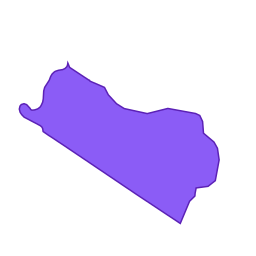 the district of Sarpy, Nebraska, United States of America, rotated 214°
{"feature_id": "52423323B27146755519961", "entity_name": "Sarpy", "entity_type": "district", "adm_level": 2, "iso_a3": "USA", "parent_name": "United States of America", "parent_adm1": "Nebraska", "projection": "natural_earth1", "projection_center": [-95.999, 41.093], "detail": "fine", "context": "isolated", "style": "filled", "palette": "violet", "viewbox_px": 256, "rotation_deg": 214, "n_neighbors": 0, "source": "geoboundaries", "source_scale": "gbopen_adm2", "svg_char_len": 976}
<svg xmlns="http://www.w3.org/2000/svg" viewBox="0 0 256 256"><g transform="rotate(214 128 128)"><path d="M31.3,78.1L36.0,101.7L34.5,109.0L35.8,111.3L38.0,116.4L29.0,124.4L26.2,133.2L34.6,152.5L42.5,161.2L48.8,164.4L62.5,165.9L69.8,175.1L75.5,178.5L80.1,177.8L105.9,166.5L120.1,150.7L142.0,142.0L151.1,141.7L162.9,144.5L170.2,148.5L185.6,145.6L186.1,145.8L186.5,146.0L187.0,146.0L187.5,145.8L210.3,145.6L214.2,148.2L213.3,146.2L213.0,144.6L213.5,142.1L214.8,139.9L217.9,137.0L220.0,134.3L220.6,132.7L221.1,130.2L220.9,127.4L220.0,123.6L219.8,115.1L218.6,111.6L214.5,104.7L213.2,101.7L212.6,98.1L212.6,96.1L213.5,93.5L213.6,93.3L215.5,90.8L217.3,89.3L218.2,88.9L219.2,89.0L220.1,89.5L225.1,90.7L227.8,90.0L229.6,87.8L229.8,85.8L228.7,82.9L226.2,80.7L223.5,79.6L220.2,78.9L201.9,80.9L199.9,80.6L198.4,79.8L196.4,77.6L189.7,77.5L186.3,77.6L162.6,77.7L161.3,77.7L155.3,77.7L131.8,77.7L100.4,77.7L84.7,77.7L31.3,78.1Z" fill="#8b5cf6" stroke="#5b21b6" stroke-width="1.5"/></g></svg>